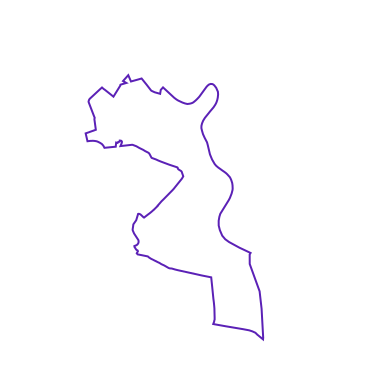 Duong Kinh, Hải Phòng, Vietnam (Natural Earth projection), rotated 30°
{"feature_id": "81297802B62167717430855", "entity_name": "Duong Kinh", "entity_type": "district", "adm_level": 2, "iso_a3": "VNM", "parent_name": "Vietnam", "parent_adm1": "Hải Phòng", "projection": "natural_earth1", "projection_center": [106.703, 20.785], "detail": "fine", "context": "isolated", "style": "outline", "palette": "violet", "viewbox_px": 384, "rotation_deg": 30, "n_neighbors": 0, "source": "geoboundaries", "source_scale": "gbopen_adm2", "svg_char_len": 3286}
<svg xmlns="http://www.w3.org/2000/svg" viewBox="0 0 384 384"><g transform="rotate(30 192 192)"><path d="M327.2,284.1L326.5,282.6L310.7,258.4L300.2,244.2L278.0,225.5L273.2,217.3L273.2,215.5L264.5,216.2L262.2,216.4L261.1,216.5L257.6,216.6L249.1,216.8L244.4,216.3L240.0,214.7L235.2,211.1L231.9,207.7L229.5,203.6L228.1,199.8L227.4,196.7L227.9,180.7L227.8,178.2L227.1,173.6L226.1,170.0L225.5,168.7L223.8,166.0L222.3,164.1L220.1,162.1L218.6,161.0L217.3,160.2L216.0,159.8L213.9,159.1L212.3,158.7L210.1,158.4L207.5,158.2L204.8,157.9L202.5,157.7L199.8,157.2L197.6,156.4L193.1,153.8L188.7,150.4L182.3,143.6L180.2,141.5L175.8,138.7L172.6,136.4L170.0,133.9L168.2,132.0L167.1,130.0L166.4,127.6L166.0,124.6L166.1,121.4L167.4,112.9L168.3,108.0L168.5,105.0L168.5,104.2L168.4,102.4L167.9,99.8L167.1,97.3L165.8,94.4L164.3,92.2L162.5,90.9L160.9,89.7L159.7,89.2L158.0,88.5L156.8,88.3L155.8,88.3L154.9,88.7L154.1,89.1L153.0,90.4L152.4,91.9L152.0,93.6L151.6,97.2L150.7,105.7L150.4,107.1L150.0,108.8L149.4,110.9L148.5,113.3L147.9,114.5L146.7,115.9L145.7,116.8L144.0,118.1L141.7,118.8L139.0,119.3L134.4,119.7L133.4,119.7L131.8,119.6L129.5,119.3L114.6,115.9L113.9,119.2L115.3,122.9L109.8,124.3L106.4,124.6L105.7,124.5L98.9,121.7L91.6,118.9L89.1,121.5L83.9,126.8L78.4,122.7L76.8,130.4L80.6,130.4L76.5,134.7L76.4,134.9L76.7,135.9L76.3,148.7L72.4,148.1L65.0,147.0L64.2,147.0L61.8,146.5L61.0,148.9L57.8,159.3L56.8,162.5L56.8,163.1L56.8,163.8L57.0,164.7L57.3,165.6L58.1,166.3L69.2,175.3L70.5,176.3L70.7,176.5L70.8,177.1L71.1,177.8L71.8,178.7L77.6,186.2L70.6,194.4L76.1,200.3L78.8,198.3L80.8,197.1L82.3,196.4L84.2,195.7L84.4,195.7L85.7,195.5L87.8,195.4L89.9,195.5L92.0,196.2L93.3,197.0L94.1,197.5L103.3,190.9L101.6,187.1L102.7,186.8L103.0,186.7L102.9,186.0L103.2,185.5L103.9,184.9L104.1,184.6L103.7,183.6L104.5,183.2L105.3,183.0L106.2,183.5L106.6,184.4L107.1,188.0L116.6,181.0L117.2,180.8L121.0,180.2L124.3,180.2L128.8,179.9L130.8,180.0L134.6,179.8L135.2,179.9L135.8,180.1L136.5,180.5L139.7,182.5L140.1,182.6L141.8,182.3L144.7,181.8L147.0,181.6L149.9,181.2L158.8,179.7L167.0,178.0L167.4,178.1L168.0,178.8L168.5,179.0L169.1,179.2L172.1,179.3L172.8,179.5L176.6,182.8L176.6,184.7L176.6,185.4L174.8,197.0L174.7,197.9L174.3,199.8L171.0,212.6L170.2,215.4L169.7,218.1L169.2,220.5L169.1,220.9L169.3,221.0L168.0,225.8L166.7,229.7L165.9,231.8L165.4,232.9L163.8,236.8L163.3,238.1L162.9,238.2L160.0,237.5L158.6,237.2L157.4,237.3L156.8,237.5L156.3,237.9L157.2,241.8L157.8,244.3L157.6,246.8L157.4,249.0L157.5,249.7L157.7,250.1L158.1,251.0L159.3,254.1L159.9,254.9L162.6,256.9L169.5,260.4L170.3,261.2L170.9,262.4L171.1,263.4L171.0,264.5L170.6,265.7L170.3,266.1L169.1,267.6L169.6,268.3L170.2,268.6L172.3,269.7L173.1,269.9L174.0,269.8L174.4,270.0L174.8,270.4L174.8,271.5L174.8,272.7L176.1,273.2L180.2,271.8L185.9,269.9L186.1,269.9L187.5,270.2L189.8,270.3L198.5,269.8L198.8,269.7L199.5,269.7L201.5,269.8L204.7,269.5L209.8,269.5L210.8,269.3L211.9,268.8L212.7,268.4L216.0,267.6L218.8,266.8L237.4,260.9L241.9,259.5L251.3,256.3L257.1,264.3L264.0,273.9L264.7,274.8L266.0,276.5L268.0,279.3L269.6,281.6L271.0,283.9L274.3,289.3L275.4,291.2L275.6,292.2L276.0,293.2L276.1,293.9L276.4,295.7L277.9,295.2L288.4,291.4L304.7,285.3L310.7,283.2L314.0,282.5L317.3,282.2L319.9,282.9L327.2,284.1Z" fill="none" stroke="#5b21b6" stroke-width="2"/></g></svg>